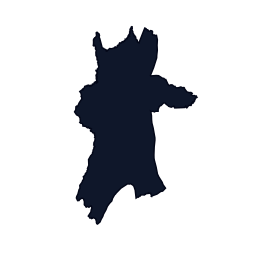 outline of Mueang Nong Bua Lam Phu, Nong Bua Lam Phu, Thailand, rotated 16°
{"feature_id": "78962969B75435650034529", "entity_name": "Mueang Nong Bua Lam Phu", "entity_type": "district", "adm_level": 2, "iso_a3": "THA", "parent_name": "Thailand", "parent_adm1": "Nong Bua Lam Phu", "projection": "equal_earth", "projection_center": [102.349, 17.151], "detail": "fine", "context": "isolated", "style": "filled", "palette": "ink", "viewbox_px": 256, "rotation_deg": 16, "n_neighbors": 0, "source": "geoboundaries", "source_scale": "gbopen_adm2", "svg_char_len": 5594}
<svg xmlns="http://www.w3.org/2000/svg" viewBox="0 0 256 256"><g transform="rotate(16 128 128)"><path d="M129.8,31.1L128.1,31.7L127.5,31.3L126.2,31.8L125.6,31.2L125.0,28.6L124.4,28.1L123.0,28.1L122.0,29.1L121.3,29.3L120.5,28.6L120.4,28.8L120.2,28.4L119.6,28.2L119.0,28.4L118.2,27.7L117.8,27.9L117.4,27.4L116.6,27.3L115.1,42.9L114.6,42.5L114.0,43.0L113.1,42.5L112.8,41.3L112.3,40.8L111.3,40.7L110.3,38.6L109.9,38.7L109.6,37.9L108.8,37.9L108.8,37.6L108.6,37.6L108.5,37.2L108.0,37.2L107.6,36.3L106.5,35.5L106.2,34.3L104.5,32.3L104.7,31.3L104.0,29.5L103.8,29.5L103.4,29.9L103.6,30.3L103.1,31.2L103.0,31.6L102.8,32.7L103.3,34.5L103.1,35.0L103.5,35.4L103.3,35.9L103.5,36.2L103.7,36.3L103.8,36.9L103.5,37.0L103.5,38.1L103.2,38.0L102.8,39.3L102.8,39.6L103.2,39.6L102.9,39.8L103.2,40.2L102.7,40.7L102.6,41.9L102.4,41.7L102.0,42.1L101.5,43.5L101.0,43.5L101.2,43.9L100.6,44.9L100.7,45.5L100.2,45.5L99.8,46.6L98.9,46.5L98.5,46.8L98.4,47.7L97.6,48.3L96.6,48.4L96.3,49.2L96.6,49.6L96.3,50.2L96.5,50.6L95.9,51.4L95.4,51.3L95.2,51.6L95.4,52.1L95.1,52.3L95.3,53.1L94.9,53.8L93.7,53.6L93.7,54.1L93.2,54.2L93.1,54.6L92.8,54.4L92.7,54.8L90.5,56.3L88.4,56.7L87.6,58.2L87.1,58.6L86.8,59.8L86.3,60.1L85.8,60.0L85.5,59.0L85.2,58.8L83.2,58.7L82.7,58.2L81.1,58.1L76.1,49.7L75.1,48.6L75.1,47.0L74.2,45.5L73.4,45.5L72.6,44.7L71.8,44.5L71.2,45.3L72.5,48.3L72.1,48.6L71.9,49.9L71.2,50.4L71.2,51.1L70.8,51.3L70.5,52.3L70.8,53.8L71.1,54.4L71.7,56.8L71.9,58.3L72.3,58.5L73.3,57.8L74.6,59.3L74.9,60.9L75.9,61.8L76.3,62.5L76.2,63.8L77.3,67.2L78.6,68.2L78.8,69.1L79.1,69.3L79.2,70.4L79.6,70.6L79.7,71.0L80.1,70.9L80.6,71.4L80.8,72.5L81.1,72.7L80.9,73.2L81.4,73.3L81.3,73.8L81.6,73.8L81.8,75.3L82.1,75.2L82.4,75.8L83.0,76.2L82.9,76.5L83.1,78.1L82.8,78.9L82.6,78.7L82.8,79.3L82.4,79.7L82.6,80.0L82.2,80.9L82.3,81.3L81.7,81.4L81.9,81.7L81.6,81.9L82.6,82.7L82.9,83.1L83.1,82.7L83.4,83.0L83.4,83.9L83.7,84.6L83.0,84.8L82.8,85.9L83.1,86.3L82.9,86.5L83.1,86.9L83.5,86.6L83.9,86.7L84.0,87.4L84.2,87.5L83.9,88.1L84.1,88.4L83.8,88.3L83.9,88.6L83.7,88.8L84.7,90.8L84.9,90.8L84.9,91.2L85.7,91.6L85.5,92.1L85.8,92.3L86.1,92.1L86.2,92.4L85.4,93.4L84.9,92.6L84.7,93.0L84.4,92.5L84.2,92.8L84.2,92.5L83.9,92.6L83.5,93.3L83.1,93.5L83.0,95.2L82.8,95.1L82.4,95.6L82.0,95.6L82.1,96.0L81.8,96.6L81.6,96.5L81.6,97.1L80.8,97.8L80.5,97.5L80.2,97.8L80.0,97.6L79.5,98.3L78.5,97.6L77.9,98.2L77.4,98.2L77.5,98.5L76.5,98.9L76.6,99.2L76.1,99.2L75.0,99.9L74.9,101.8L74.3,102.3L74.2,102.9L74.1,102.7L73.7,103.0L73.2,104.2L71.6,106.2L73.4,107.7L74.3,109.6L74.2,110.6L75.0,111.2L75.6,112.8L74.2,117.1L73.6,121.3L72.8,121.0L72.1,121.9L72.8,124.9L72.2,127.2L74.9,129.5L77.5,130.0L79.2,131.6L80.3,134.6L80.3,135.4L80.1,135.9L81.1,136.4L82.9,136.2L83.9,137.7L84.1,138.5L87.0,138.1L88.9,139.0L89.9,138.1L90.9,139.1L92.2,138.6L93.0,138.8L92.7,140.9L93.5,141.0L93.5,141.4L94.4,141.3L95.5,142.3L96.1,142.3L96.4,142.0L97.3,142.2L97.1,142.7L98.7,145.3L98.5,146.2L99.2,146.6L99.7,149.1L99.3,152.0L99.9,152.4L99.7,153.7L100.2,153.9L100.4,154.7L101.2,154.9L101.0,156.2L100.7,156.5L101.0,156.8L100.6,158.8L100.9,160.5L100.7,161.7L101.0,162.7L99.8,165.0L98.8,169.2L100.6,174.6L100.2,178.1L100.9,178.7L100.4,180.4L100.8,181.3L99.6,183.8L99.7,184.6L100.0,184.6L98.5,187.2L98.9,187.5L99.6,189.6L98.9,190.8L98.8,192.9L97.5,196.4L98.5,199.3L98.0,200.5L98.1,205.5L97.6,207.9L97.7,209.5L99.6,211.7L100.9,211.2L101.2,210.1L102.7,208.4L103.8,208.1L104.8,208.4L106.4,210.8L107.2,213.8L107.7,214.2L108.4,214.4L109.2,215.4L109.8,215.5L110.5,214.7L111.0,214.6L112.3,214.9L113.7,213.1L114.4,213.3L115.4,214.9L115.2,216.4L115.5,219.0L114.1,223.6L115.5,224.3L116.3,225.1L117.3,224.6L117.6,224.8L117.8,224.5L118.1,225.0L118.9,224.4L118.9,223.9L119.6,223.6L122.0,224.3L123.5,226.7L123.6,227.4L124.3,228.5L124.9,228.7L125.2,228.7L127.0,226.0L127.3,223.3L128.1,220.0L128.2,217.5L129.3,212.9L129.7,209.0L131.0,205.4L132.5,202.6L132.5,199.9L133.5,195.9L134.2,194.8L134.5,193.8L137.8,187.7L142.9,181.8L145.0,181.4L145.9,180.8L148.4,181.5L149.8,182.4L152.1,185.8L155.1,193.1L156.6,191.3L157.2,191.5L157.8,190.1L158.5,190.0L158.5,189.1L158.8,189.0L158.7,188.7L162.3,187.8L162.3,187.2L163.1,186.9L163.1,186.2L164.8,185.6L165.5,184.8L165.7,185.2L167.0,184.5L167.7,185.0L168.0,184.7L169.0,186.0L169.1,187.2L169.7,187.3L169.8,186.6L174.1,183.5L176.9,180.0L178.7,179.1L180.6,175.5L177.2,172.8L175.8,170.8L171.1,166.6L169.0,164.2L165.8,157.9L162.1,151.6L161.3,149.9L160.3,146.7L158.4,139.1L157.2,132.3L156.5,130.0L152.1,121.0L149.6,116.7L148.4,113.7L147.1,109.6L145.2,105.7L145.8,105.9L147.5,104.9L148.8,105.3L150.1,104.2L152.3,103.6L151.8,101.6L152.2,98.4L153.6,97.2L155.1,94.4L155.8,93.9L156.6,93.7L158.4,94.8L160.2,95.3L161.0,95.9L162.5,96.0L163.9,96.0L164.6,95.2L165.4,95.1L166.0,94.4L166.5,94.5L167.4,95.8L176.7,92.7L177.5,91.1L178.2,92.1L178.5,91.9L179.0,92.3L180.2,89.5L182.4,88.9L182.5,87.9L182.2,87.2L182.5,86.9L182.6,86.1L183.2,86.2L183.2,85.8L183.5,85.8L183.3,85.4L183.6,85.5L184.2,84.6L184.0,84.3L184.5,83.6L184.2,83.1L184.4,82.5L184.2,82.3L184.2,81.8L184.5,81.8L184.3,81.3L184.7,80.5L185.0,80.4L184.9,79.9L185.3,79.8L185.2,79.5L185.5,79.4L185.2,79.2L185.2,78.8L184.8,78.4L183.8,78.8L183.0,78.5L181.3,79.1L179.7,78.9L179.7,77.7L180.0,77.7L180.2,77.0L178.7,76.5L177.0,77.1L174.7,77.1L171.6,74.8L171.1,73.9L170.6,73.7L169.1,74.3L167.5,74.0L165.4,75.4L163.5,76.1L162.5,75.8L161.6,75.0L160.5,75.5L159.5,74.7L158.5,74.4L156.9,74.9L156.5,75.5L155.6,75.8L154.5,75.1L150.9,71.0L150.2,71.3L148.7,70.4L147.6,70.7L143.0,69.3L140.6,69.8L135.5,71.7L135.2,71.5L135.1,70.5L135.9,63.1L136.2,52.7L135.6,50.3L134.7,45.1L133.1,40.5L131.9,35.1L129.8,31.1Z" fill="#0f172a" stroke="#020617" stroke-width="1.5"/></g></svg>